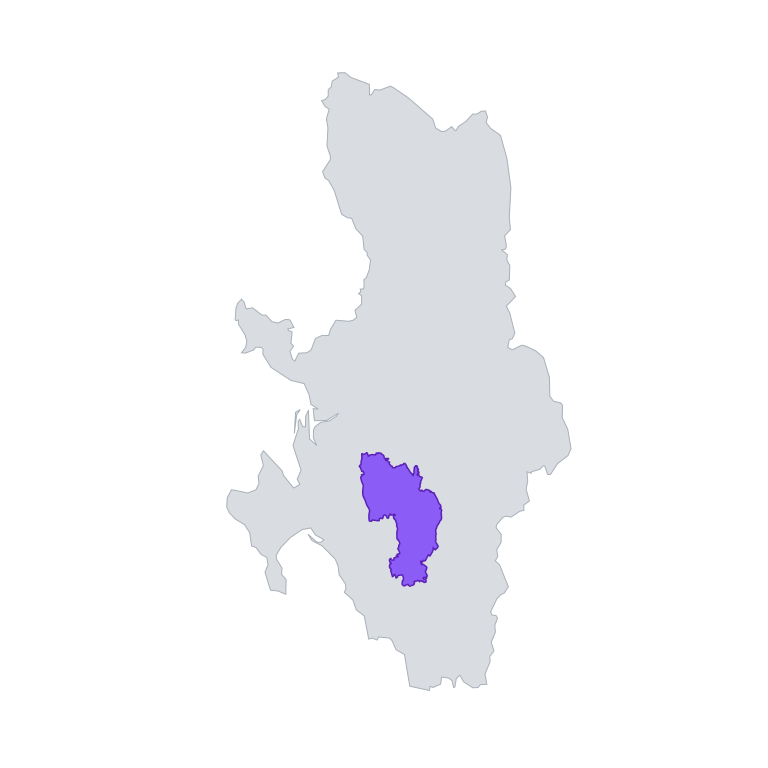 location of Dnipropetrovs'k within Ukraine, rotated 81°
{"feature_id": "UKR-326", "entity_name": "Dnipropetrovs'k", "entity_type": "Region", "adm_level": 1, "iso_a3": "UKR", "parent_name": "Ukraine", "parent_adm1": "", "projection": "robinson", "projection_center": [35.02, 48.328], "detail": "fine", "context": "in_parent", "style": "filled", "palette": "violet", "viewbox_px": 768, "rotation_deg": 81, "n_neighbors": 0, "source": "natural_earth", "source_scale": "10m", "svg_char_len": 9708}
<svg xmlns="http://www.w3.org/2000/svg" viewBox="0 0 768 768"><g transform="rotate(81 384 384)"><path d="M520.9,500.4L529.4,511.6L536.4,517.3L540.0,517.6L549.8,513.6L556.2,514.9L561.8,511.3L576.3,513.9L571.9,521.0L569.9,528.4L551.2,531.0L544.3,526.8L537.0,526.9L532.9,532.2L525.6,535.9L523.2,540.1L509.9,539.9L501.1,543.7L494.3,551.9L486.8,557.0L480.9,558.6L471.8,556.6L464.5,551.2L470.4,535.4L468.4,527.0L462.6,523.0L455.3,522.7L445.8,515.9L434.8,516.8L431.1,513.5L453.9,498.2L458.8,497.5L472.6,489.5L470.1,482.9L464.3,484.6L456.2,479.4L430.4,483.5L414.9,475.6L407.6,474.7L405.8,472.8L413.4,471.1L414.0,468.2L403.6,466.4L398.0,462.7L426.5,466.2L434.3,460.0L426.3,462.2L418.3,460.8L415.4,458.8L412.0,452.6L411.9,443.8L408.5,436.1L405.7,433.7L411.0,446.3L409.4,458.5L397.3,457.8L398.5,452.9L392.7,459.4L383.3,459.6L371.1,462.8L365.9,475.4L349.9,493.0L335.6,499.0L330.8,498.0L328.7,499.4L327.6,504.8L330.0,507.4L331.8,516.1L330.9,519.8L326.1,514.9L320.4,512.8L313.9,513.5L302.0,518.5L298.0,517.6L298.3,520.2L297.1,520.9L286.2,518.4L281.5,516.0L277.9,511.4L281.5,509.3L288.2,508.4L288.2,501.9L296.9,493.7L297.4,489.9L304.9,485.0L307.2,479.4L304.8,471.2L305.9,466.9L314.1,464.1L314.5,470.4L316.3,469.8L318.2,466.6L329.1,469.6L332.4,467.4L336.9,471.7L345.4,470.5L347.4,468.5L340.2,463.4L341.1,455.2L338.9,450.6L328.3,444.6L326.3,437.4L327.5,431.1L322.1,428.6L313.5,421.5L316.6,408.9L316.1,404.1L313.8,400.5L306.7,401.1L301.7,393.7L293.2,392.3L290.7,395.0L289.4,392.5L286.5,392.6L286.9,389.6L284.9,388.4L277.9,387.6L276.2,384.8L268.7,380.6L259.3,377.9L254.1,380.6L251.8,379.9L247.9,382.6L234.6,381.9L226.4,387.5L215.3,390.0L214.1,394.0L209.8,399.3L185.1,402.9L174.6,406.7L171.1,410.2L164.6,411.4L154.1,402.0L150.8,401.3L139.9,403.1L122.3,399.3L113.1,399.4L104.0,395.1L100.8,398.7L94.3,401.3L93.9,397.6L91.0,394.1L84.5,393.0L82.6,389.9L76.7,387.7L73.8,381.0L69.5,381.1L70.4,373.9L76.1,368.7L85.7,351.6L96.1,353.1L96.4,351.3L91.8,347.3L93.0,341.8L90.8,331.1L93.0,328.1L105.2,315.2L130.0,294.4L139.2,293.0L143.6,287.8L144.0,284.1L140.4,276.8L145.0,274.2L144.7,273.0L141.1,270.1L137.5,262.0L131.2,254.1L132.0,250.4L129.8,245.1L130.2,241.1L136.5,240.0L141.8,242.2L148.1,238.8L156.7,230.0L180.9,227.3L210.2,228.0L238.9,234.2L251.4,235.0L256.4,241.7L266.8,241.5L269.8,242.8L270.0,246.8L275.6,241.9L280.8,243.3L286.8,241.2L300.9,244.0L302.4,247.8L305.2,248.8L309.5,244.1L318.2,240.4L326.2,251.0L333.4,248.7L354.3,246.8L359.3,250.2L360.0,253.4L367.2,256.0L370.3,252.1L367.2,241.7L369.0,237.7L375.1,228.8L383.0,222.3L403.3,219.6L421.9,222.1L427.5,219.3L430.3,212.5L432.8,211.0L445.4,213.3L457.1,209.6L477.1,209.4L483.4,213.4L489.8,225.1L499.5,233.8L498.9,236.5L490.0,238.1L489.8,239.6L492.7,243.6L493.7,251.8L495.2,252.8L493.1,256.5L502.6,257.3L510.2,260.1L522.3,258.7L525.5,264.9L530.8,265.6L530.9,269.7L535.3,279.3L533.6,284.3L534.3,287.4L540.5,294.8L543.4,295.8L550.9,291.8L558.7,293.1L565.3,298.6L572.0,298.6L576.1,301.7L580.9,298.1L603.8,292.9L609.4,298.1L610.2,301.4L613.7,306.0L625.7,314.3L629.2,313.4L630.2,309.6L633.0,308.5L639.7,312.3L646.5,312.8L656.0,318.5L664.9,317.1L669.5,322.1L675.0,322.7L686.2,329.6L696.7,329.4L696.0,335.8L698.5,338.6L698.0,343.7L690.6,352.0L683.6,354.5L686.0,358.6L694.3,361.4L694.8,362.7L687.5,363.3L684.5,366.3L682.5,372.9L689.3,375.0L691.4,383.0L689.9,385.6L693.8,387.1L686.5,405.8L654.4,406.1L648.2,413.7L638.7,416.2L635.8,418.4L633.0,428.9L635.8,430.9L633.1,435.3L633.6,439.0L609.9,439.8L602.8,446.7L592.5,448.5L583.6,455.7L579.8,453.5L575.2,453.5L565.4,458.1L556.4,457.8L549.4,459.6L534.3,470.3L527.3,479.7L520.6,482.5L530.0,474.8L530.4,470.8L528.3,467.7L522.4,475.4L514.7,478.8L515.0,487.7L520.9,500.4ZM418.8,480.3L398.1,475.8L396.2,470.7L400.8,475.1L418.8,480.3Z" fill="#d9dde1" stroke="#a8b0b8" stroke-width="1"/><path d="M519.5,347.6L520.7,347.8L521.5,347.6L522.3,348.0L523.7,347.9L525.2,348.1L526.0,348.3L527.0,348.9L527.5,349.4L527.7,349.9L530.0,351.4L530.5,352.1L531.4,352.6L532.7,353.9L534.8,354.8L536.2,355.9L537.8,355.9L539.6,356.1L540.3,355.9L541.7,356.7L542.7,356.6L543.8,357.1L544.9,356.9L546.4,357.2L547.4,357.7L547.8,357.7L549.2,357.3L550.5,356.6L552.1,356.1L552.6,355.9L553.3,356.2L554.6,357.3L554.7,357.6L554.8,358.1L555.8,359.2L555.1,360.2L554.1,360.7L553.7,361.0L555.2,361.3L556.3,362.0L557.5,362.4L557.8,363.0L559.2,363.8L559.6,364.4L560.7,365.1L561.0,365.5L560.7,365.9L559.8,366.4L559.7,366.7L559.7,367.0L561.2,367.9L562.0,368.7L564.5,370.4L565.0,371.0L565.1,371.3L564.4,372.3L564.4,372.6L565.8,373.8L564.7,375.1L564.7,375.3L565.0,375.6L565.4,375.7L566.3,375.1L567.1,375.5L567.3,375.5L568.2,375.1L568.3,374.7L567.8,374.3L568.4,373.3L571.0,370.8L571.7,370.4L572.6,370.6L574.1,371.3L574.7,371.7L575.2,372.3L575.5,372.4L577.1,372.3L577.5,372.2L578.4,371.6L580.4,371.3L580.6,372.1L580.9,372.4L582.3,372.2L582.6,372.3L582.7,372.7L582.1,373.1L581.7,373.7L581.3,374.1L581.2,375.2L581.4,375.6L582.6,375.5L582.9,375.4L583.4,373.8L583.7,373.4L585.4,373.3L586.0,373.4L586.2,373.8L586.2,374.3L586.3,375.4L585.9,375.7L585.0,376.2L584.9,376.3L585.1,377.2L584.3,377.9L584.3,379.3L584.8,379.8L584.5,380.1L583.6,380.4L583.4,380.7L583.8,383.2L583.6,384.4L583.7,384.9L584.0,385.1L585.2,384.9L585.4,385.1L585.6,385.5L586.7,385.7L586.9,386.0L587.2,387.3L587.7,390.1L587.4,390.5L586.9,391.0L585.9,391.4L585.7,391.8L585.9,393.4L586.5,394.8L586.5,396.0L585.9,396.6L585.1,397.2L584.3,397.5L582.9,397.0L581.4,396.6L581.1,396.3L581.0,395.9L580.6,395.6L578.5,395.1L575.9,395.5L575.6,395.7L575.4,396.4L575.3,398.9L575.4,399.7L575.5,400.2L575.8,400.6L576.7,400.8L577.5,402.3L577.3,402.5L575.8,402.6L574.8,402.9L574.2,402.9L574.0,403.1L573.9,403.6L574.0,404.1L574.9,404.5L575.2,404.8L575.5,405.8L569.0,406.6L568.4,406.1L567.9,406.0L567.1,406.4L566.7,407.0L566.4,407.1L565.3,407.2L564.6,407.1L564.1,406.7L562.8,406.4L562.6,405.2L562.4,405.0L562.0,405.0L561.6,405.1L560.9,406.0L560.6,406.1L559.0,406.2L558.7,406.2L558.0,405.8L557.9,405.4L557.4,405.0L557.4,404.5L557.7,404.5L558.3,404.8L558.7,404.5L559.4,402.9L559.2,402.4L559.3,401.7L558.3,401.7L557.8,401.3L557.3,401.1L557.3,400.3L557.1,399.3L556.8,399.0L555.9,398.8L556.0,398.5L556.8,397.5L556.8,397.0L556.3,397.1L555.0,397.8L554.5,397.8L554.3,397.7L554.2,397.1L554.0,396.5L554.2,395.4L554.0,395.1L553.7,394.9L553.2,394.9L551.1,395.3L549.2,396.0L548.5,396.0L548.0,395.3L547.7,395.1L545.8,394.7L545.5,394.5L544.5,393.5L543.7,393.3L541.3,393.8L539.3,395.2L538.2,395.4L537.5,395.2L532.0,394.4L529.7,393.4L529.0,393.2L525.9,393.7L524.2,393.3L522.9,393.4L522.4,393.7L521.1,393.7L520.7,393.8L518.1,395.4L516.1,395.4L515.8,395.2L515.6,395.0L515.5,393.7L514.9,393.5L514.5,393.8L514.3,394.2L514.3,394.6L514.7,395.5L514.6,396.1L514.5,397.1L514.3,397.4L513.6,397.8L513.5,398.3L513.7,398.5L514.6,398.7L514.7,399.4L515.1,399.9L516.9,400.4L517.1,400.6L517.2,401.3L516.8,401.8L514.9,402.3L513.8,403.1L513.4,403.6L513.4,404.3L513.7,404.8L516.6,406.4L516.7,406.6L516.7,406.9L516.1,408.0L516.2,408.6L516.1,409.5L516.4,409.7L517.8,410.0L518.1,410.1L518.2,410.3L517.8,412.5L517.5,413.2L517.0,415.3L516.4,416.7L516.6,417.0L517.5,417.6L517.6,417.9L517.6,418.2L517.4,419.2L517.1,419.6L516.8,419.9L516.5,420.0L514.2,419.9L510.6,419.3L507.6,418.2L505.8,418.0L500.6,420.0L496.1,420.8L492.0,422.0L490.4,422.2L486.9,421.9L481.4,420.4L480.6,420.4L476.2,421.4L472.7,421.6L472.3,421.5L471.9,420.8L471.6,420.5L470.6,420.5L470.2,420.4L469.9,419.3L470.4,418.4L469.9,417.8L469.5,417.7L467.1,418.2L467.0,418.4L467.1,419.2L466.8,419.6L462.5,420.4L462.3,420.6L462.2,421.0L461.6,421.2L461.0,421.0L460.5,420.5L460.0,419.4L459.7,419.3L456.5,418.6L455.5,418.0L452.8,417.3L449.9,417.0L449.5,416.8L449.4,416.4L449.5,416.1L450.4,415.2L450.4,414.7L450.2,413.8L449.2,412.0L449.2,411.7L449.8,411.3L451.2,411.0L452.7,410.9L452.8,410.8L452.8,410.5L452.7,410.0L452.0,409.3L451.9,408.8L451.9,406.4L452.3,405.4L452.3,404.4L452.7,403.5L452.3,402.9L451.8,402.7L451.2,402.7L451.0,402.2L451.5,400.7L451.1,400.4L451.9,397.8L453.0,397.2L453.8,396.1L454.6,395.6L455.2,395.3L456.5,395.4L457.3,395.2L457.7,395.0L457.9,394.1L457.9,393.1L458.3,391.4L458.7,391.2L458.9,391.5L459.1,392.7L458.9,393.3L458.9,393.6L459.0,394.2L459.4,394.4L459.6,394.2L460.3,392.7L461.7,391.4L462.2,390.7L462.5,390.8L463.0,391.3L464.1,391.2L466.0,389.7L466.5,388.9L467.8,388.6L468.0,388.4L468.5,386.2L468.4,385.8L467.7,385.4L467.5,385.2L467.4,382.5L467.2,381.1L466.7,380.8L466.6,380.3L466.6,380.0L467.0,379.7L467.0,379.4L466.3,377.9L466.2,377.6L466.3,377.0L465.7,376.9L465.6,376.7L465.6,376.3L465.7,375.8L466.8,375.1L469.9,374.1L470.0,374.4L470.4,374.3L471.6,373.3L475.4,371.8L477.0,370.5L478.1,370.1L478.6,369.9L478.9,369.5L478.6,369.3L477.1,368.9L476.9,368.4L476.6,368.2L474.4,368.0L473.2,367.5L471.1,367.1L470.9,366.9L470.6,366.2L470.0,365.9L469.7,365.3L469.7,364.9L470.2,364.2L470.8,363.9L471.4,364.4L471.9,364.4L473.5,363.3L474.2,363.5L474.5,364.2L475.0,364.4L475.4,364.3L476.2,363.4L476.8,363.3L477.3,363.6L477.2,364.3L477.3,364.6L477.6,364.5L478.0,364.0L478.3,363.8L478.4,364.6L478.6,364.9L478.6,365.3L478.9,365.5L479.1,365.4L479.3,365.2L479.9,363.9L480.2,363.8L481.2,362.8L481.5,361.9L482.4,360.8L486.6,363.3L487.6,363.3L488.4,363.9L489.0,364.1L490.8,364.4L491.9,364.8L493.0,366.0L493.5,366.0L494.4,365.5L495.4,364.6L495.5,364.3L494.8,363.9L494.8,363.2L495.6,362.4L496.0,362.2L496.2,361.9L496.1,361.1L496.0,360.7L494.8,359.6L494.7,359.2L494.9,358.3L495.7,356.4L496.0,356.1L496.6,355.7L497.7,355.5L498.0,355.2L497.3,354.8L497.2,354.6L498.8,353.2L499.3,352.6L499.4,352.3L499.3,351.7L499.5,351.5L499.9,351.4L500.2,351.5L506.5,349.3L507.7,349.1L510.6,348.4L511.1,348.1L511.8,347.5L512.6,347.1L513.5,347.2L514.2,346.9L515.4,347.2L515.6,347.4L515.6,347.5L515.1,348.1L515.5,348.4L515.9,348.5L516.3,348.3L516.8,347.2L517.1,346.9L517.5,346.8L518.5,347.0L519.5,347.6Z" fill="#8b5cf6" stroke="#5b21b6" stroke-width="1.5"/></g></svg>